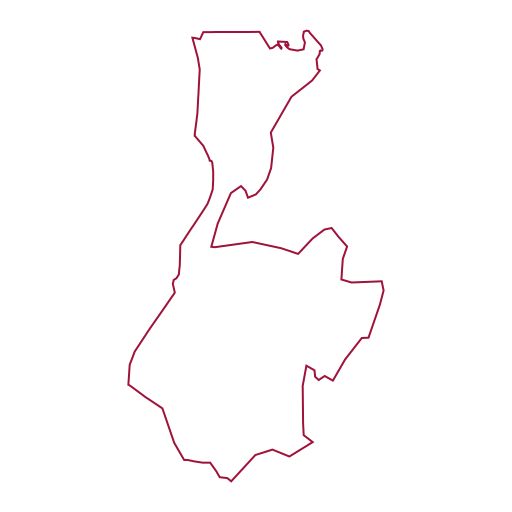 outline of Wad Bandah, North Kordufan, Sudan
{"feature_id": "16777658B16794991274557", "entity_name": "Wad Bandah", "entity_type": "district", "adm_level": 2, "iso_a3": "SDN", "parent_name": "Sudan", "parent_adm1": "North Kordufan", "projection": "equal_earth", "projection_center": [27.688, 13.304], "detail": "fine", "context": "isolated", "style": "outline", "palette": "rose", "viewbox_px": 512, "rotation_deg": 0, "n_neighbors": 0, "source": "geoboundaries", "source_scale": "gbopen_adm2", "svg_char_len": 3383}
<svg xmlns="http://www.w3.org/2000/svg" viewBox="0 0 512 512"><path d="M199.7,70.1L199.4,75.3L199.3,77.0L198.4,94.9L198.2,97.4L198.0,101.7L197.4,113.3L197.1,115.8L196.8,117.8L196.5,120.8L194.7,134.2L194.9,134.4L194.7,135.9L194.9,136.0L201.5,143.7L203.3,145.8L207.0,153.7L207.9,155.5L208.1,156.0L208.8,157.6L209.1,158.3L209.6,159.9L209.6,160.3L209.8,160.8L210.1,160.8L210.5,160.8L210.8,160.8L211.0,160.9L211.3,160.9L211.6,161.2L211.9,161.7L212.2,162.3L212.6,165.8L213.1,170.9L213.2,171.4L213.2,173.0L213.2,174.0L213.2,176.8L213.2,179.8L213.0,183.8L212.7,189.4L211.0,194.6L209.7,198.3L209.1,199.9L207.8,203.2L207.5,203.9L204.8,208.2L201.1,213.8L193.3,225.6L191.7,227.9L186.0,236.5L183.2,240.9L181.7,243.1L180.3,245.2L180.2,248.8L180.1,254.1L179.8,264.1L179.8,265.3L179.3,269.5L178.9,274.3L177.7,276.3L177.1,277.2L176.6,278.1L175.9,278.6L173.7,280.0L173.2,282.3L173.0,283.0L172.8,283.8L173.1,285.0L174.1,289.6L174.4,290.6L174.5,291.3L174.8,292.6L173.1,295.2L171.9,296.8L171.0,298.1L168.2,302.2L160.2,313.8L158.1,316.8L157.8,317.2L151.8,325.8L150.7,327.4L150.4,327.8L147.3,332.4L146.7,333.4L140.8,342.3L140.1,343.4L139.8,343.9L139.1,344.9L134.7,351.6L133.7,354.2L132.5,357.5L129.7,364.7L129.7,364.8L129.2,372.3L128.7,379.7L128.5,382.6L128.4,384.3L128.4,384.7L128.6,384.7L129.0,385.0L129.4,385.3L131.2,386.5L145.3,397.0L162.4,408.4L168.2,425.3L174.2,442.8L184.1,459.9L187.7,460.0L194.4,461.4L202.8,462.7L210.2,462.7L216.2,471.1L219.7,477.2L227.3,478.1L231.2,481.3L255.4,455.0L272.4,449.6L289.4,456.5L312.7,442.1L303.7,435.2L303.1,423.5L302.7,385.9L306.4,365.7L314.5,370.3L315.1,376.7L318.7,380.0L324.7,376.0L332.9,380.6L345.0,359.6L361.8,338.0L368.5,337.7L379.9,304.6L383.6,290.5L381.7,281.3L351.6,282.5L341.4,279.5L342.8,258.9L347.1,246.5L338.5,236.8L331.6,228.0L324.3,229.6L312.7,238.4L298.1,253.9L281.1,248.2L252.3,242.0L214.9,247.2L211.3,246.8L217.7,223.6L230.9,193.1L241.0,186.1L245.5,190.7L248.0,197.7L255.9,194.4L260.6,189.2L267.1,179.5L271.1,168.1L273.3,147.7L270.8,132.6L291.5,96.7L312.1,80.5L319.7,70.7L319.9,70.4L319.6,70.2L317.6,69.1L317.5,68.4L317.1,64.5L316.5,59.2L317.4,57.9L317.5,57.8L318.6,55.8L319.6,54.1L319.6,53.3L319.8,52.0L319.8,51.1L320.4,50.5L321.0,50.7L321.1,50.8L322.3,50.5L322.6,49.1L322.5,48.9L322.4,48.7L321.8,47.3L321.3,46.2L321.0,45.5L320.6,45.0L316.1,40.0L316.0,39.8L315.8,39.6L314.9,38.6L314.2,37.8L312.3,35.6L310.9,34.1L310.0,33.0L309.8,32.7L309.1,31.7L308.9,31.4L308.6,31.0L306.6,30.7L303.8,31.7L303.7,32.7L303.4,34.0L303.1,35.4L303.1,35.7L303.1,35.8L303.1,36.4L303.2,37.1L303.2,37.6L303.3,38.3L303.3,38.5L304.8,42.1L304.8,42.3L304.9,42.6L303.6,49.3L298.5,50.4L297.7,50.6L289.6,49.2L287.0,47.3L285.7,45.6L285.2,45.1L285.2,44.8L285.4,44.1L286.3,45.1L287.9,45.8L288.5,45.5L288.4,45.0L288.3,44.2L288.2,44.0L287.2,42.0L278.0,41.5L278.0,42.0L278.0,42.4L279.4,45.2L280.0,45.7L280.5,46.4L281.1,47.2L281.4,47.5L281.6,47.8L281.3,48.6L280.7,48.3L280.3,47.7L280.0,47.0L277.5,44.6L275.7,45.5L272.8,47.8L270.0,48.5L267.2,44.1L263.4,38.0L262.3,36.3L259.7,32.2L259.6,31.9L259.1,31.9L257.1,31.9L255.7,31.9L247.2,32.0L237.9,32.0L235.9,32.0L232.6,32.0L229.3,32.0L228.2,32.0L225.1,32.0L224.4,32.0L216.6,32.0L215.4,32.0L212.4,32.1L210.6,32.1L205.8,32.1L204.8,32.1L203.3,32.1L200.0,39.2L198.4,38.8L195.2,38.1L194.7,38.0L193.3,37.8L192.4,37.7L193.4,41.5L193.9,43.3L197.9,58.1L198.0,58.8L198.7,63.2L199.7,69.3L199.7,70.1Z" fill="none" stroke="#9f1239" stroke-width="2"/></svg>